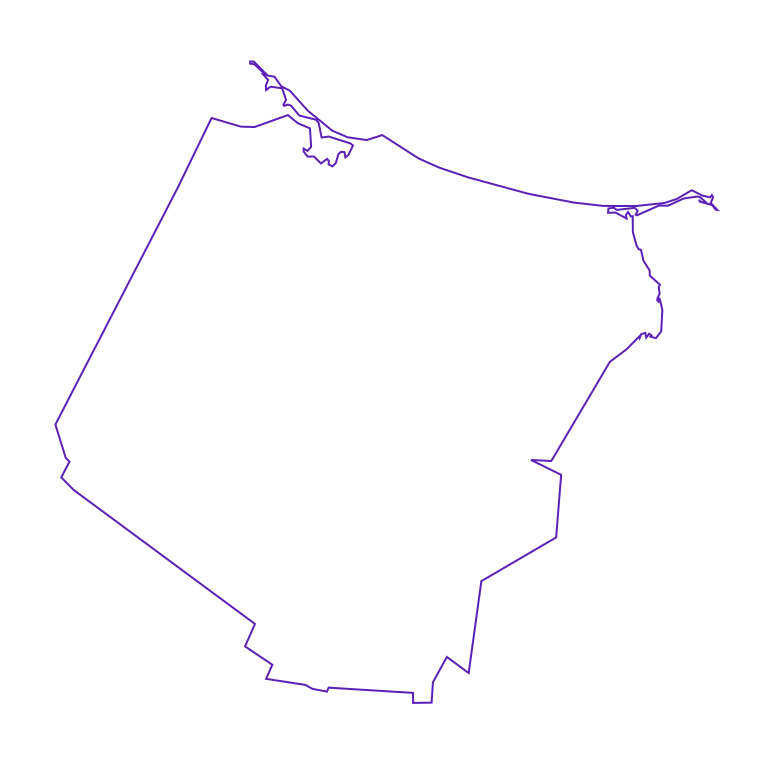 outline of Empalme, Sonora, Mexico, rotated 182°
{"feature_id": "50627088B92525339863236", "entity_name": "Empalme", "entity_type": "district", "adm_level": 2, "iso_a3": "MEX", "parent_name": "Mexico", "parent_adm1": "Sonora", "projection": "orthographic", "projection_center": [-110.763, 28.004], "detail": "medium", "context": "isolated", "style": "outline", "palette": "violet", "viewbox_px": 768, "rotation_deg": 182, "n_neighbors": 0, "source": "geoboundaries", "source_scale": "gbopen_adm2", "svg_char_len": 1938}
<svg xmlns="http://www.w3.org/2000/svg" viewBox="0 0 768 768"><g transform="rotate(182 384 384)"><path d="M565.6,643.8L596.8,573.4L711.0,332.0L699.5,299.1L695.6,295.4L703.3,279.4L690.5,267.3L504.6,139.7L513.7,116.9L485.8,99.5L491.5,85.2L451.9,80.5L444.9,76.8L430.3,74.6L428.7,78.6L344.2,76.3L343.8,66.3L325.3,67.2L324.7,87.6L311.6,113.4L289.3,98.1L279.8,190.4L206.6,236.7L203.8,299.4L234.5,313.2L214.1,312.9L159.0,414.1L143.0,427.0L130.6,440.4L130.1,438.9L128.6,442.9L124.6,444.2L123.5,439.6L120.8,443.5L118.4,442.0L119.4,440.6L113.9,439.3L108.8,446.2L108.4,467.8L111.5,478.9L113.2,479.0L112.9,476.3L113.8,477.1L113.7,479.2L111.7,483.7L112.8,490.6L111.7,492.9L122.1,501.5L122.5,506.7L129.0,516.3L131.9,527.1L134.2,527.6L136.5,531.4L140.6,544.6L141.3,560.4L143.2,560.1L146.1,564.4L148.2,561.2L147.3,557.8L158.6,563.4L166.1,562.9L165.8,567.3L160.3,568.1L157.6,566.1L139.5,568.8L136.5,565.9L138.4,562.0L137.1,561.4L115.5,571.9L106.5,572.1L90.8,579.9L77.5,582.3L74.2,581.5L67.3,575.6L74.4,577.4L75.4,579.2L74.9,577.3L62.2,574.2L58.6,569.8L57.0,569.6L63.8,576.4L61.6,582.0L63.0,584.2L64.5,581.9L72.5,583.4L83.2,588.4L97.9,579.1L110.0,574.7L138.0,570.7L170.9,569.6L201.0,572.0L246.2,579.1L307.1,593.4L335.9,602.0L357.2,610.6L394.4,632.7L409.8,627.2L429.0,629.3L444.4,635.3L469.6,654.4L488.3,673.8L497.0,677.9L504.2,687.3L511.1,688.2L525.3,701.7L528.9,701.7L529.0,699.5L524.8,699.1L512.4,688.2L515.3,688.9L510.4,683.8L512.5,678.2L512.1,673.7L507.8,677.1L496.1,676.0L491.8,664.5L494.2,659.7L493.4,658.4L489.9,659.9L486.6,658.9L478.1,649.4L461.1,645.7L458.3,642.3L455.0,628.2L447.8,629.4L425.8,623.2L423.3,621.3L427.6,611.6L430.5,609.1L431.6,614.3L435.2,614.5L437.6,612.0L439.8,603.4L443.0,599.7L447.0,601.5L446.9,604.9L448.7,607.0L454.7,602.2L461.9,608.9L468.3,608.6L472.5,613.6L472.5,616.4L468.6,614.3L465.1,618.4L466.9,636.9L479.0,641.5L489.4,649.4L522.3,636.3L535.9,636.2L565.6,643.8Z" fill="none" stroke="#5b21b6" stroke-width="2"/></g></svg>